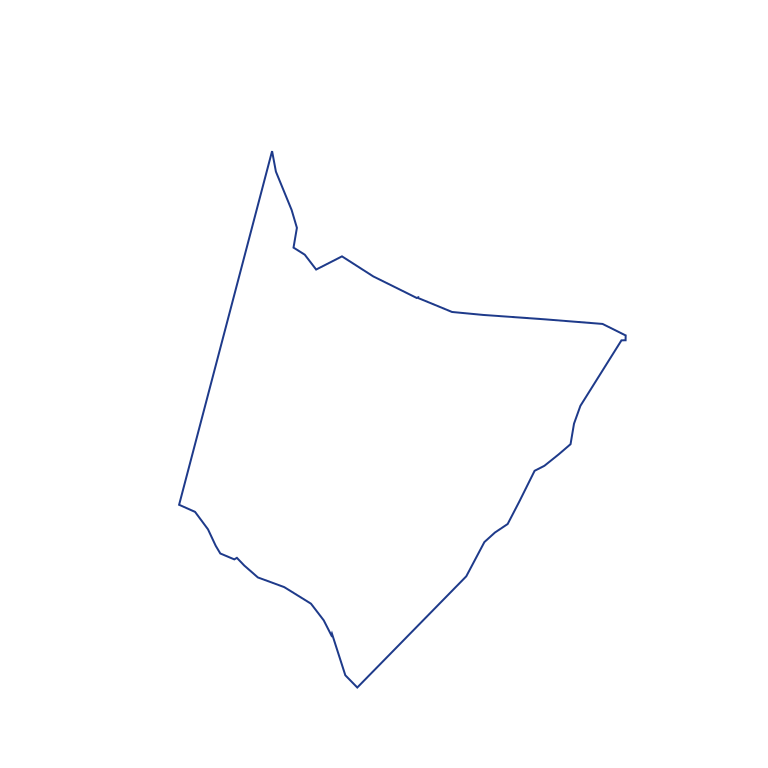 Ravine Claire, Soufrière, Saint Lucia, rotated 333°
{"feature_id": "8701671B59921054204413", "entity_name": "Ravine Claire", "entity_type": "district", "adm_level": 2, "iso_a3": "LCA", "parent_name": "Saint Lucia", "parent_adm1": "Soufrière", "projection": "equal_earth", "projection_center": [-61.028, 13.854], "detail": "fine", "context": "isolated", "style": "outline", "palette": "blue", "viewbox_px": 768, "rotation_deg": 333, "n_neighbors": 0, "source": "geoboundaries", "source_scale": "gbopen_adm2", "svg_char_len": 766}
<svg xmlns="http://www.w3.org/2000/svg" viewBox="0 0 768 768"><g transform="rotate(333 384 384)"><path d="M390.0,125.7L146.6,398.6L157.6,412.2L161.2,433.6L160.6,451.7L161.2,460.7L171.0,472.3L174.0,472.1L177.1,482.4L183.8,499.1L202.9,519.7L219.2,546.6L223.0,567.2L223.0,583.9L224.3,582.7L217.3,626.0L222.4,642.3L370.0,592.7L401.7,570.4L415.4,566.7L430.6,564.9L451.3,550.1L478.8,529.7L489.8,529.7L507.7,526.0L522.9,522.3L535.3,505.6L549.1,492.6L615.4,452.9L619.1,454.7L621.4,450.4L620.8,449.7L606.0,429.7L557.0,399.6L503.9,367.6L477.3,350.7L453.3,322.7L453.6,322.3L452.9,322.2L452.2,322.2L448.0,316.5L423.3,283.3L404.5,251.2L375.5,251.2L372.1,232.8L365.3,221.4L377.3,205.3L380.7,187.0L384.1,145.7L390.0,125.7Z" fill="none" stroke="#1e3a8a" stroke-width="2"/></g></svg>